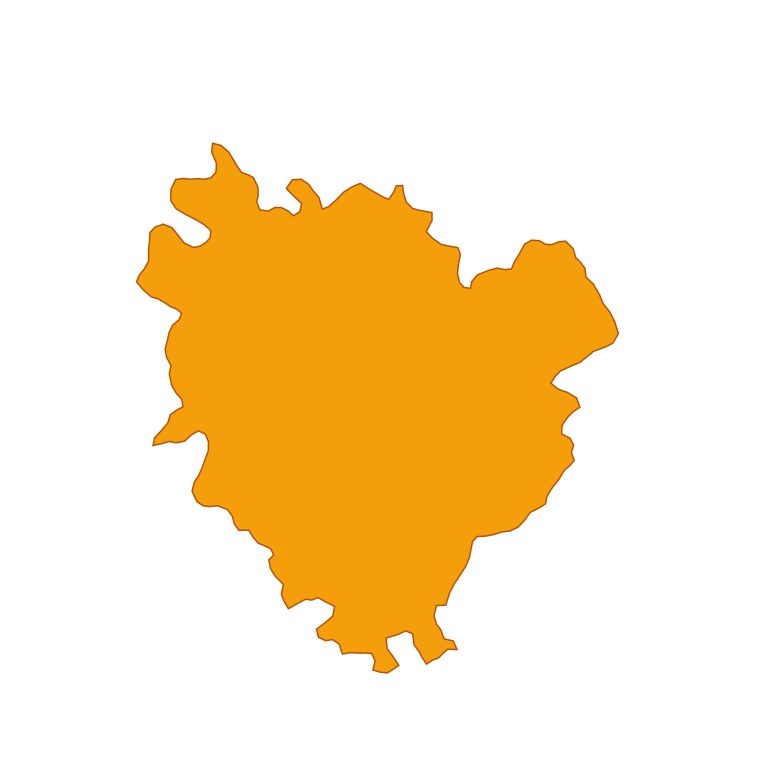 the district of Brunópolis, Santa Catarina, Brazil, rotated 163°
{"feature_id": "56859067B13796329271390", "entity_name": "Brunópolis", "entity_type": "district", "adm_level": 2, "iso_a3": "BRA", "parent_name": "Brazil", "parent_adm1": "Santa Catarina", "projection": "mercator", "projection_center": [-50.839, -27.348], "detail": "fine", "context": "isolated", "style": "filled", "palette": "amber", "viewbox_px": 768, "rotation_deg": 163, "n_neighbors": 0, "source": "geoboundaries", "source_scale": "gbopen_adm2", "svg_char_len": 3375}
<svg xmlns="http://www.w3.org/2000/svg" viewBox="0 0 768 768"><g transform="rotate(163 384 384)"><path d="M452.1,110.6L454.8,119.9L458.3,130.0L456.3,140.4L449.9,140.4L443.4,140.4L435.5,141.5L429.6,136.9L431.5,125.9L428.7,117.8L427.5,111.1L425.2,103.7L418.3,105.8L412.0,106.1L406.5,109.0L400.7,111.8L391.8,108.7L392.9,118.0L401.1,122.8L401.5,132.2L404.0,138.7L404.0,147.6L398.6,156.7L389.6,154.5L382.4,165.0L375.4,172.2L368.7,177.7L359.7,185.2L352.9,193.2L348.4,201.9L345.3,207.5L339.6,210.9L331.0,208.8L323.4,208.0L314.4,208.0L306.4,206.6L297.4,208.0L288.7,213.0L281.8,218.5L273.0,219.9L264.6,222.2L261.3,228.5L254.7,234.7L245.3,241.2L236.7,248.8L229.9,251.8L224.5,255.3L224.8,263.6L220.5,270.2L221.9,277.7L228.7,284.3L226.0,292.2L218.0,298.6L211.6,302.0L203.5,304.6L203.9,314.3L210.9,322.2L218.7,327.9L224.2,336.0L218.3,341.0L211.3,345.0L202.9,346.0L190.1,347.5L182.0,350.7L174.1,354.0L167.6,354.4L161.2,354.7L153.1,356.2L145.1,363.7L145.2,376.4L147.1,386.8L151.0,397.1L151.8,406.4L154.7,418.4L159.6,427.1L158.0,435.7L160.2,442.2L163.7,448.8L163.5,458.1L168.6,467.5L175.4,468.9L183.0,468.2L188.8,470.4L193.6,475.6L200.8,478.4L208.6,476.6L216.8,468.7L223.4,462.9L228.5,456.7L235.0,458.1L242.1,461.8L251.2,462.0L262.7,461.1L270.1,456.3L273.3,450.2L279.3,453.0L282.2,459.2L281.3,468.7L277.5,477.3L273.0,485.6L273.6,492.9L280.7,496.4L288.6,500.8L294.9,509.1L299.0,517.4L290.2,526.4L288.0,534.0L294.1,537.0L299.4,539.8L305.4,543.5L309.5,551.4L309.6,560.1L308.2,568.4L314.4,569.9L318.3,564.9L325.6,559.0L330.8,563.7L335.5,568.7L341.3,574.9L348.0,582.8L357.4,581.8L366.3,579.3L377.7,573.1L385.7,569.6L391.8,569.4L391.7,581.4L395.2,589.4L397.6,596.9L403.3,604.0L412.0,606.1L420.3,599.5L416.1,591.6L410.0,580.7L414.2,573.2L421.6,571.4L424.9,577.2L430.6,582.8L437.0,584.7L444.1,583.2L451.9,586.9L452.5,595.5L449.2,601.0L447.0,609.0L448.5,619.5L452.8,623.8L458.3,627.8L460.8,635.4L462.4,642.2L464.6,650.9L470.0,659.7L477.4,664.3L481.0,656.4L479.7,644.0L482.7,635.8L489.3,631.7L496.0,632.4L502.8,635.0L509.6,636.5L515.4,639.1L523.4,640.5L530.8,632.4L534.3,621.6L531.5,612.3L524.3,604.3L516.3,596.6L509.7,589.4L504.8,581.6L507.3,574.9L513.1,571.3L519.9,569.6L526.3,570.3L533.7,577.0L537.8,587.2L541.1,595.5L548.5,601.4L556.9,601.0L563.5,597.3L566.7,588.6L570.0,580.7L573.2,570.3L580.0,563.8L586.0,559.8L590.8,554.1L586.6,544.2L580.9,535.2L575.1,531.5L570.4,526.4L565.5,520.4L560.4,516.3L556.9,510.9L561.0,505.4L568.7,502.2L574.4,496.1L578.9,488.1L583.1,481.2L584.1,473.0L582.3,463.9L586.4,456.4L587.4,444.7L585.4,436.1L581.9,428.5L582.9,420.9L589.3,419.8L597.3,417.2L602.1,410.0L610.4,404.6L619.0,399.6L622.9,392.7L613.3,391.9L606.5,391.9L600.1,388.6L591.5,387.6L582.5,391.9L575.1,393.4L569.6,388.4L568.7,380.3L571.6,371.3L576.6,364.8L583.1,356.2L588.0,350.7L594.0,345.7L598.9,337.6L597.3,326.2L592.5,320.3L587.0,317.9L578.6,316.1L570.4,309.6L567.7,302.0L568.0,294.0L565.5,286.4L556.1,283.9L553.8,275.1L550.7,268.4L545.2,264.0L540.5,259.6L539.5,252.7L545.6,249.5L546.5,240.5L544.0,231.5L538.8,221.8L543.7,212.8L543.0,205.2L541.1,197.1L531.8,199.2L521.8,201.1L516.3,198.5L509.6,199.0L503.6,192.8L496.2,185.9L500.9,177.0L510.2,172.9L520.2,169.3L520.8,161.1L514.8,155.6L507.9,154.6L502.9,148.4L502.8,138.0L494.5,136.8L486.2,133.9L480.4,132.2L474.5,129.7L473.4,122.0L478.2,113.7L471.8,109.5L465.3,106.8L459.3,108.3L452.1,110.6Z" fill="#f59e0b" stroke="#b45309" stroke-width="1.5"/></g></svg>